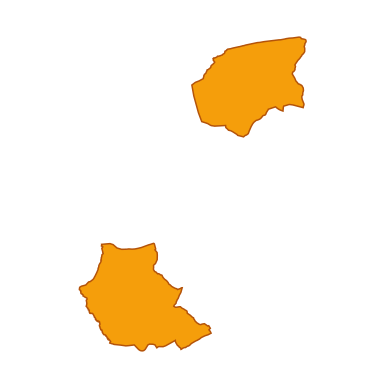 the district of Awutu Senya East, Central, Ghana, rotated 184°
{"feature_id": "2480657B20036139360918", "entity_name": "Awutu Senya East", "entity_type": "district", "adm_level": 2, "iso_a3": "GHA", "parent_name": "Ghana", "parent_adm1": "Central", "projection": "albers", "projection_center": [-0.477, 5.487], "detail": "fine", "context": "isolated", "style": "filled", "palette": "amber", "viewbox_px": 384, "rotation_deg": 184, "n_neighbors": 0, "source": "geoboundaries", "source_scale": "gbopen_adm2", "svg_char_len": 5823}
<svg xmlns="http://www.w3.org/2000/svg" viewBox="0 0 384 384"><g transform="rotate(184 192 192)"><path d="M195.1,95.8L195.8,95.7L197.1,94.8L199.6,93.7L199.9,94.1L200.8,94.5L201.9,94.7L203.4,95.3L205.7,96.4L206.7,97.3L207.6,98.0L208.7,98.5L209.5,100.0L211.2,101.8L213.3,103.1L215.0,104.8L216.2,106.9L216.8,107.1L217.6,107.1L218.6,107.8L219.6,108.2L220.6,108.0L222.3,109.6L223.7,110.1L225.0,111.9L225.1,113.5L225.0,114.4L225.3,115.8L224.8,116.8L223.5,118.0L222.0,122.1L222.2,126.7L222.6,129.2L224.9,131.7L224.3,132.3L224.3,132.8L225.9,137.5L226.2,137.9L226.8,138.1L230.0,136.8L231.7,136.2L238.6,133.1L241.7,132.1L244.9,131.2L247.8,130.8L251.1,130.8L253.0,130.4L258.2,129.9L262.9,130.9L267.0,134.0L270.2,134.8L278.5,133.5L278.3,132.8L278.5,132.4L278.3,132.2L278.5,131.8L277.7,131.4L277.4,131.1L277.2,131.0L277.5,130.3L277.9,129.9L278.0,129.6L277.8,129.3L277.9,129.0L276.7,125.6L276.8,125.4L276.3,124.3L277.4,123.2L277.6,121.3L277.6,120.9L277.9,120.1L277.8,119.3L278.1,118.5L277.7,117.8L278.1,117.4L277.9,116.4L278.5,114.9L279.1,113.9L279.7,112.4L279.8,111.8L279.8,111.2L279.9,110.4L280.4,109.3L280.2,108.9L280.2,108.5L281.3,105.2L283.1,100.7L283.4,100.3L283.7,99.4L284.6,97.9L287.1,95.7L287.6,95.4L288.4,95.3L289.0,94.9L291.5,91.8L295.8,90.3L297.4,89.1L297.6,87.0L297.5,86.7L296.9,86.5L296.6,85.9L296.1,85.7L296.0,85.4L296.1,84.9L295.8,84.5L295.9,83.8L295.6,83.0L295.1,82.7L294.6,82.7L294.3,82.2L293.9,82.1L293.6,81.9L293.5,81.3L293.3,81.1L293.4,80.8L293.4,80.7L292.8,80.6L292.3,80.1L291.5,79.8L291.1,79.4L290.6,79.4L289.4,78.8L289.2,77.5L289.9,76.7L289.8,76.0L289.4,74.8L289.3,74.0L289.1,73.3L289.3,72.7L289.1,72.0L289.4,71.4L289.6,70.6L289.4,70.4L288.0,69.1L288.1,68.8L287.3,68.1L287.3,67.7L287.3,67.3L286.2,66.9L286.2,66.6L286.4,66.4L285.9,64.7L285.4,64.4L285.5,64.0L285.2,63.8L284.4,63.9L283.9,63.8L283.5,64.0L282.8,63.9L282.6,63.6L282.3,63.4L281.3,61.9L280.8,61.0L280.8,60.6L280.6,60.3L280.0,60.1L279.9,59.9L279.7,59.3L279.4,59.0L279.4,58.3L278.9,58.2L279.0,57.8L278.9,57.6L278.6,57.4L278.0,56.7L277.5,56.7L277.2,56.9L277.1,56.5L276.7,56.4L276.7,56.1L276.4,56.0L276.2,56.4L276.0,56.6L275.3,56.2L274.6,53.8L274.7,53.2L275.0,52.9L275.1,52.6L274.9,51.7L274.5,51.3L274.4,50.6L274.2,49.9L273.9,49.8L273.4,48.2L272.4,48.1L272.3,47.4L272.1,47.1L271.8,46.9L271.7,46.2L271.5,45.9L271.6,45.6L270.1,43.6L269.0,43.6L268.8,43.2L267.9,43.0L267.8,42.9L267.9,42.6L267.9,42.3L267.6,42.1L266.9,41.7L266.8,41.3L266.6,41.0L265.6,40.1L266.0,40.0L266.1,39.9L265.3,38.8L265.0,38.6L264.2,38.8L263.5,38.1L262.8,37.1L263.2,36.8L263.2,36.4L263.4,36.1L263.5,35.6L261.1,35.0L260.2,34.9L259.2,34.5L252.8,34.3L247.3,33.9L244.6,34.3L238.9,35.4L234.2,31.1L232.5,30.2L230.7,30.0L229.1,30.4L227.7,31.7L225.3,36.4L223.7,37.3L220.4,37.4L218.4,37.0L216.2,34.1L214.9,35.3L213.2,35.6L212.1,35.5L211.2,35.7L210.2,35.6L207.5,36.8L198.3,42.8L198.2,41.8L197.5,40.4L195.7,37.8L194.7,37.4L193.8,36.2L192.6,35.7L192.0,34.2L191.6,34.4L190.3,35.5L189.0,36.2L187.6,36.4L185.8,37.9L185.1,38.0L183.6,38.9L183.1,39.8L181.4,41.3L177.7,43.8L176.6,44.3L174.2,45.9L172.5,47.5L169.0,49.5L166.0,50.7L163.1,52.5L164.1,54.3L165.5,55.7L164.2,57.3L166.0,59.8L166.9,59.4L170.4,61.5L172.9,60.9L173.7,60.4L174.6,60.3L176.2,60.8L176.7,61.2L177.8,61.7L179.9,63.5L180.8,65.0L181.4,65.6L181.7,66.6L182.9,67.1L185.1,68.9L188.2,70.7L188.7,72.8L189.8,73.5L190.4,73.7L191.5,74.4L194.2,75.6L195.5,76.7L196.4,76.7L199.4,76.0L200.5,75.9L202.2,76.7L201.9,77.8L200.2,79.8L200.0,81.6L199.5,82.4L199.4,83.2L198.4,84.9L197.3,88.5L196.8,89.4L196.1,91.0L195.1,95.8ZM199.6,298.7L196.9,288.0L191.1,271.5L187.2,262.9L183.9,262.1L181.0,261.3L178.7,260.1L177.5,259.6L174.0,259.3L163.1,260.7L162.9,259.1L162.5,258.4L161.3,257.5L159.9,256.2L157.5,255.8L155.7,255.0L152.0,253.0L151.2,252.6L150.4,251.7L144.4,250.6L143.1,252.0L141.6,252.7L140.4,253.7L139.9,254.3L139.2,256.8L137.6,261.3L136.3,264.1L135.6,265.2L134.9,266.1L133.3,267.6L133.0,267.9L131.5,268.4L129.9,269.2L128.8,270.0L127.6,271.4L127.3,272.1L126.6,273.0L125.9,273.4L124.9,273.7L124.2,274.1L123.6,275.3L123.6,275.8L122.9,277.3L121.6,279.7L121.6,279.9L114.6,282.8L112.7,281.4L110.9,280.4L109.4,279.8L106.9,279.1L106.8,282.9L106.5,284.1L103.4,285.2L102.0,285.8L100.8,286.1L97.5,285.9L87.0,283.9L86.8,285.3L86.4,286.8L86.5,287.7L88.5,291.9L89.0,293.7L89.1,295.1L88.9,295.7L88.3,296.5L88.3,296.8L88.4,297.8L88.3,299.5L88.0,300.3L87.9,301.1L88.3,303.5L89.8,305.8L90.1,306.0L90.5,306.3L91.3,306.4L92.0,307.0L92.3,307.1L93.0,307.1L93.6,307.4L94.7,308.7L95.7,309.6L96.2,310.2L97.5,312.8L100.2,316.7L99.9,318.6L99.3,319.0L98.6,319.7L98.1,320.5L97.8,321.4L97.9,321.5L97.9,322.3L97.5,324.4L98.2,325.9L97.9,326.6L95.5,330.8L94.2,332.3L93.3,333.6L93.0,334.3L92.1,335.5L91.9,336.3L91.4,336.8L90.9,337.4L90.6,337.6L89.7,339.2L89.4,339.9L89.5,342.7L89.7,343.6L90.1,344.5L90.2,345.2L89.7,346.7L89.8,347.9L89.6,348.3L89.2,348.7L88.8,349.7L88.7,350.2L89.0,351.5L89.7,352.0L91.1,352.3L93.7,352.6L94.4,353.8L96.0,354.0L102.2,352.7L105.9,352.2L107.6,351.8L108.2,351.7L110.4,351.0L114.3,350.0L116.1,349.8L130.7,347.0L134.6,346.0L137.2,345.6L148.8,342.3L150.5,341.6L151.2,341.5L154.7,340.3L155.6,340.1L161.4,338.4L163.6,337.6L166.3,337.0L166.6,336.8L166.8,336.4L167.3,336.2L167.7,335.4L168.9,334.8L169.0,334.3L169.0,333.4L169.3,332.7L169.9,332.1L170.8,331.6L171.3,330.9L171.7,330.6L172.3,330.5L173.0,330.0L174.2,329.6L175.0,329.3L176.1,329.2L176.3,328.8L176.5,328.5L177.4,327.9L178.8,327.3L179.6,327.3L179.9,327.0L180.3,326.4L179.8,326.1L180.0,325.0L179.5,324.3L178.8,323.8L178.6,323.4L178.4,323.1L178.5,322.8L179.8,321.2L181.5,319.6L181.8,319.1L181.9,318.8L181.9,318.2L182.1,317.4L182.4,317.1L184.5,315.2L185.4,314.9L185.5,314.6L185.6,313.9L186.3,312.2L186.3,311.8L186.6,311.3L187.8,310.2L188.0,309.5L188.3,309.0L188.2,308.4L188.6,306.9L188.6,306.0L188.9,305.7L191.3,304.2L192.3,303.5L196.3,301.6L199.6,298.7Z" fill="#f59e0b" stroke="#b45309" stroke-width="1.5"/></g></svg>